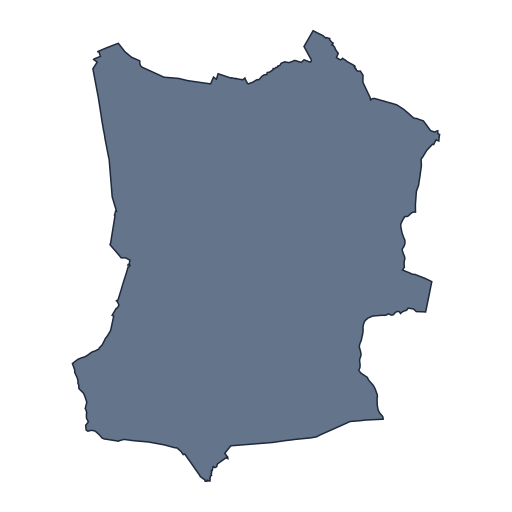 Villamar, Michoacán, Mexico
{"feature_id": "50627088B25056877567823", "entity_name": "Villamar", "entity_type": "district", "adm_level": 2, "iso_a3": "MEX", "parent_name": "Mexico", "parent_adm1": "Michoacán", "projection": "robinson", "projection_center": [-102.58, 19.992], "detail": "fine", "context": "isolated", "style": "filled", "palette": "slate", "viewbox_px": 512, "rotation_deg": 0, "n_neighbors": 0, "source": "geoboundaries", "source_scale": "gbopen_adm2", "svg_char_len": 5867}
<svg xmlns="http://www.w3.org/2000/svg" viewBox="0 0 512 512"><path d="M272.3,442.5L286.2,440.5L291.7,439.9L294.2,439.5L310.6,437.9L316.4,436.9L320.2,434.9L334.6,428.5L349.7,421.7L351.0,421.4L360.3,420.7L364.9,420.1L383.2,419.2L382.9,417.0L382.2,415.9L381.2,414.7L380.1,413.5L379.1,412.1L378.5,410.6L378.0,409.5L377.3,405.5L377.2,402.9L377.1,400.5L377.1,398.2L377.4,396.6L377.2,394.5L376.2,391.9L375.4,389.5L374.4,387.4L373.3,385.5L371.8,383.7L369.4,381.0L368.4,379.7L367.8,378.4L367.3,377.4L366.0,376.5L363.9,375.1L362.1,373.9L360.7,372.8L358.8,370.5L359.9,367.6L360.1,365.5L360.0,363.7L359.7,361.8L359.6,359.6L360.2,357.8L360.9,355.7L361.0,353.8L360.4,350.9L360.1,349.8L359.7,348.5L359.3,347.0L359.6,344.7L360.2,342.8L361.2,340.6L362.6,334.2L363.0,331.8L363.1,329.8L363.0,328.4L363.0,326.6L363.9,323.0L364.6,321.4L365.8,320.0L367.1,318.9L367.8,318.3L368.1,318.0L372.6,316.1L380.1,315.4L383.0,315.3L385.2,315.3L386.7,314.9L387.7,314.2L388.3,313.8L389.2,314.2L390.6,314.9L391.8,315.1L393.0,314.9L393.9,314.1L395.0,312.9L395.8,312.2L396.8,311.7L397.9,311.4L399.2,311.7L399.7,312.3L400.0,312.8L400.6,313.5L401.0,312.9L401.8,312.3L402.8,311.6L403.6,311.2L404.4,310.9L405.8,310.6L406.9,309.9L408.0,308.2L412.5,308.8L413.5,309.0L416.3,311.6L422.8,311.8L425.6,312.0L426.3,308.8L431.8,281.7L425.8,278.7L414.9,274.4L412.6,274.3L408.9,272.6L404.4,270.8L402.6,270.0L404.4,267.1L404.1,264.1L404.2,260.9L404.8,259.4L404.8,257.9L404.6,256.7L403.9,255.0L403.2,253.3L402.3,250.4L402.2,249.1L402.9,248.0L404.0,246.4L404.9,243.7L405.0,241.7L404.8,240.0L403.7,237.6L402.0,232.8L401.1,228.2L400.7,225.6L400.9,224.0L401.4,222.7L402.9,219.6L403.9,218.1L404.6,216.6L406.1,216.6L407.7,216.3L409.0,215.3L410.2,214.1L411.8,212.7L413.6,212.1L415.5,212.1L415.4,204.7L416.4,191.3L416.5,191.0L416.8,190.1L418.2,186.3L418.7,184.7L419.1,181.5L419.3,180.3L419.8,177.4L420.1,175.2L420.5,172.2L421.4,166.0L421.3,162.9L421.2,161.5L421.1,159.2L422.9,156.7L426.7,150.4L431.6,145.2L432.7,144.2L433.7,144.5L436.0,139.9L438.8,141.0L439.1,137.7L439.6,134.5L438.8,134.3L437.7,133.2L437.8,130.8L436.3,131.2L434.7,132.0L430.6,130.7L423.4,120.9L422.0,120.4L420.1,119.8L416.4,118.4L415.2,118.4L413.5,117.9L411.3,115.9L404.5,110.0L404.2,109.7L403.6,109.3L403.5,109.2L403.3,109.1L396.8,104.9L395.0,104.3L374.7,98.5L373.9,98.4L373.2,98.6L372.2,98.7L370.6,99.9L370.1,97.5L362.9,82.3L363.0,75.2L360.4,71.1L358.3,71.2L356.6,70.5L356.4,70.2L356.2,69.3L355.8,68.7L355.5,68.7L355.0,68.2L354.2,66.0L354.8,66.2L354.6,65.8L353.1,64.9L347.1,61.6L345.2,60.0L344.7,59.7L344.0,59.3L342.5,58.3L341.7,59.3L340.3,59.8L336.4,57.6L338.1,53.9L337.7,53.6L338.0,52.8L337.0,51.8L335.5,49.4L334.5,47.0L333.7,46.1L333.5,45.9L332.9,44.9L332.4,45.0L331.9,44.9L333.1,43.1L332.8,43.0L332.2,42.6L330.7,41.0L330.0,40.4L329.9,40.2L329.7,39.8L329.6,39.7L329.8,38.6L327.5,37.9L326.4,37.6L325.7,38.1L322.8,35.5L318.2,33.3L313.1,30.7L304.0,46.5L310.3,58.1L310.9,58.8L311.2,59.9L311.3,60.9L310.5,62.1L309.7,62.0L306.7,60.8L304.1,59.8L301.2,62.4L296.2,60.8L294.5,60.4L292.0,61.6L289.0,62.6L287.5,62.4L284.8,61.8L281.1,63.3L280.1,65.2L279.0,65.7L277.9,66.0L277.3,67.3L276.1,67.4L274.6,68.7L273.2,68.5L272.8,69.9L269.2,72.3L268.2,72.4L267.4,72.4L266.9,73.3L266.7,74.6L264.0,74.9L261.9,76.3L258.9,79.7L257.0,79.7L254.6,81.0L253.9,81.6L252.7,82.2L251.1,82.9L250.3,83.0L249.8,83.2L248.8,83.7L248.6,83.9L248.3,83.8L247.4,83.4L247.1,83.1L246.9,82.1L245.8,80.3L244.9,78.0L242.8,79.8L242.0,79.6L241.9,79.7L241.7,79.6L240.3,79.4L238.2,79.0L235.5,78.4L235.4,78.7L231.5,77.7L231.0,78.1L218.1,73.7L216.4,79.2L216.2,79.1L213.9,77.4L213.5,77.1L210.6,83.9L187.6,80.6L178.5,78.4L164.0,77.2L141.9,67.1L140.4,65.5L139.9,63.8L139.7,60.8L131.6,57.3L124.9,51.7L118.3,43.3L106.8,47.7L97.2,51.8L98.9,51.7L100.4,56.4L94.1,58.9L93.6,59.5L95.8,61.1L97.1,62.2L93.0,68.6L92.9,68.9L97.7,94.3L98.1,96.2L100.4,110.8L101.0,114.4L101.5,118.1L102.1,122.0L102.8,125.7L103.4,129.6L104.2,133.3L104.8,137.2L105.0,138.4L105.0,138.6L108.6,157.2L109.1,159.0L112.2,196.9L116.5,211.3L115.5,211.2L114.8,214.6L114.4,215.0L115.0,215.7L110.7,242.5L110.6,243.1L110.0,244.7L110.3,245.1L112.3,247.4L113.6,248.9L118.2,254.2L121.0,257.6L121.1,257.8L125.8,257.9L129.3,259.9L129.9,260.1L129.2,264.3L128.2,264.4L127.9,265.0L130.0,265.2L130.0,265.4L129.8,265.7L129.1,266.7L128.5,267.1L128.1,267.0L127.3,269.6L126.6,272.2L123.6,281.5L121.6,288.2L121.2,289.7L120.7,291.3L120.2,292.8L118.0,299.9L117.8,300.0L117.5,300.4L117.1,300.4L116.5,300.6L116.4,300.8L116.8,301.0L117.1,301.4L118.2,303.3L118.9,305.0L118.4,306.2L118.4,306.3L116.8,308.4L116.2,308.4L112.1,315.3L113.7,316.1L110.8,329.6L110.3,331.1L107.3,336.0L106.3,337.3L105.5,338.2L103.9,341.6L103.5,342.2L103.1,343.2L102.0,345.1L99.7,347.4L98.7,349.1L95.0,351.0L92.7,351.7L90.5,353.0L88.3,354.7L84.9,356.8L81.5,357.8L77.9,359.3L72.4,363.5L74.7,369.9L74.7,371.4L74.7,372.4L77.2,377.8L78.0,380.9L77.9,383.0L78.8,385.5L78.8,388.3L79.4,389.2L83.2,392.8L84.5,395.4L86.8,402.2L85.2,408.7L85.6,409.3L86.3,410.4L86.2,411.1L86.8,412.9L86.3,414.5L86.5,415.7L86.4,416.7L86.5,418.1L86.9,419.0L88.2,421.3L87.8,422.7L85.7,425.2L85.9,427.5L86.1,430.0L87.9,431.2L91.3,430.3L92.4,430.5L95.0,431.0L96.9,432.6L99.2,434.7L101.1,436.8L102.1,438.1L104.4,439.0L106.1,439.2L118.6,441.2L119.2,440.7L124.1,439.4L133.7,440.7L148.6,442.0L164.3,444.9L175.0,447.8L176.7,447.8L180.9,451.3L183.2,454.6L184.8,454.1L200.0,475.8L200.2,476.6L201.2,477.2L201.9,477.8L202.5,478.1L203.1,478.8L204.6,479.4L205.1,481.2L207.0,481.3L207.3,480.2L208.1,480.5L208.6,480.9L209.9,481.1L210.2,479.7L209.9,478.7L209.8,478.4L210.2,477.8L210.3,476.2L211.5,475.5L211.1,473.7L211.6,473.2L211.4,470.6L212.1,470.7L212.4,470.1L212.9,467.2L213.2,466.6L214.8,467.6L215.5,467.4L216.5,466.8L216.7,466.6L217.3,464.2L218.3,463.3L226.0,457.8L227.9,458.6L227.5,456.5L226.9,456.5L226.6,456.1L226.1,455.0L225.7,454.3L224.9,453.6L224.8,453.3L230.8,445.8L272.3,442.5Z" fill="#64748b" stroke="#1e293b" stroke-width="1.5"/></svg>